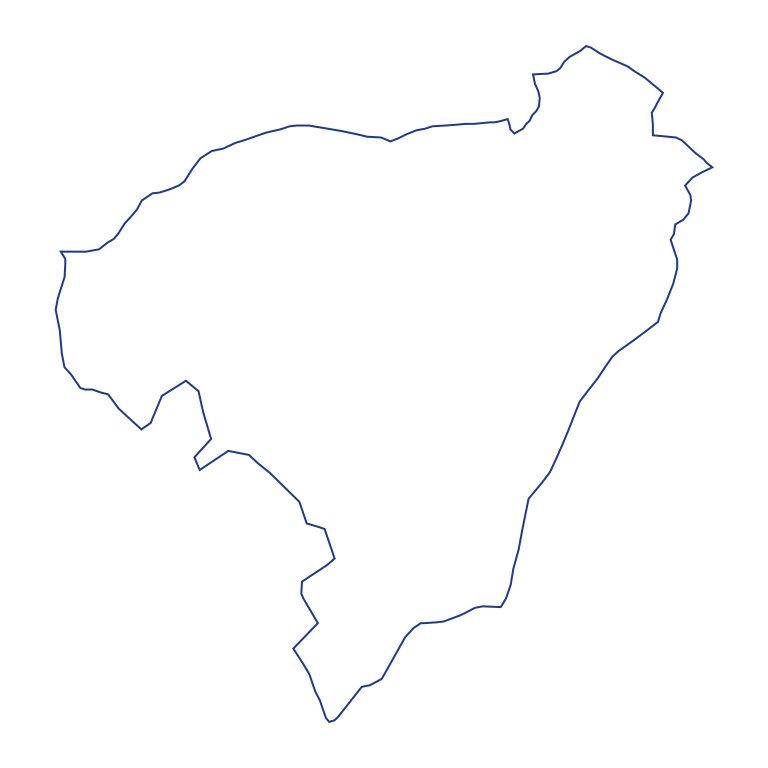 the district of Kalar, As-Sulaymaniyah, Iraq
{"feature_id": "34846034B60628866791403", "entity_name": "Kalar", "entity_type": "district", "adm_level": 2, "iso_a3": "IRQ", "parent_name": "Iraq", "parent_adm1": "As-Sulaymaniyah", "projection": "robinson", "projection_center": [45.352, 34.84], "detail": "fine", "context": "isolated", "style": "outline", "palette": "blue", "viewbox_px": 768, "rotation_deg": 0, "n_neighbors": 0, "source": "geoboundaries", "source_scale": "gbopen_adm2", "svg_char_len": 2571}
<svg xmlns="http://www.w3.org/2000/svg" viewBox="0 0 768 768"><path d="M586.0,46.1L584.3,47.5L580.9,50.5L569.6,56.9L564.3,61.7L560.3,68.1L556.3,71.2L548.3,73.6L533.0,74.4L535.0,84.0L538.3,91.2L539.7,97.6L539.0,106.3L536.3,111.1L532.3,115.1L529.7,120.7L526.3,123.9L523.0,128.7L514.4,133.5L510.4,129.5L509.7,125.5L507.7,119.1L499.0,121.5L494.4,122.3L490.4,122.3L473.7,123.9L465.1,123.9L456.4,124.7L445.7,125.5L432.4,126.3L425.1,128.7L416.4,130.3L406.4,134.3L398.4,138.3L390.4,141.4L381.1,137.5L367.1,136.7L357.1,134.3L341.8,131.1L327.8,128.7L308.5,125.5L297.1,125.5L289.8,126.3L279.8,129.5L265.8,132.7L249.8,138.3L245.2,139.9L235.2,143.0L223.2,148.6L211.8,151.0L200.5,158.2L192.5,168.6L184.5,181.3L179.2,185.3L169.8,189.3L159.8,192.5L152.5,193.3L141.8,200.5L137.1,209.3L132.5,214.9L124.5,223.7L118.5,233.3L113.8,238.9L107.1,242.9L99.1,249.3L85.8,251.7L79.8,251.7L69.8,251.7L60.8,251.6L65.3,258.9L65.3,263.9L64.6,277.0L57.8,298.4L55.7,309.9L59.8,330.4L61.8,353.4L64.5,367.3L71.0,374.4L80.3,387.9L84.9,389.5L92.2,389.5L101.5,392.7L108.1,394.3L118.8,408.7L141.3,429.4L150.6,423.0L161.9,395.9L185.9,380.8L198.5,391.1L203.1,411.9L211.1,439.0L194.4,457.3L199.7,470.0L228.3,450.9L248.9,454.9L257.5,462.9L270.2,473.2L299.4,501.9L306.7,523.4L320.0,527.4L324.6,529.0L334.6,558.5L327.3,564.9L302.0,581.6L301.3,593.6L303.3,598.4L317.9,623.1L293.3,648.6L302.6,662.9L309.3,674.1L315.3,691.6L319.9,700.4L320.0,700.8L325.9,717.9L329.2,721.9L334.5,720.3L337.6,717.4L337.9,717.1L338.7,716.1L349.8,702.0L360.8,688.1L361.8,686.8L369.8,685.3L381.3,679.1L381.7,678.9L382.3,677.9L397.0,651.8L404.9,637.7L405.0,637.4L405.9,636.4L413.7,627.9L421.0,623.1L425.0,623.1L436.9,622.3L443.6,621.5L460.8,615.1L474.8,607.9L482.8,606.3L500.4,607.1L500.7,607.1L501.5,605.9L506.0,598.4L510.7,584.8L513.3,568.9L518.6,549.8L522.6,528.2L528.6,498.7L529.6,497.5L541.5,483.3L542.5,482.0L549.8,472.4L556.5,458.1L558.6,453.4L559.2,451.8L562.5,444.5L567.1,433.3L567.8,431.8L574.4,415.0L579.7,401.5L587.7,391.1L597.6,378.4L605.6,366.4L612.2,356.9L618.2,351.3L632.8,340.9L646.7,330.6L658.0,321.8L660.7,313.0L667.3,298.7L673.3,283.5L677.2,268.4L677.2,259.6L670.6,239.7L673.9,234.1L675.2,224.5L683.2,219.8L688.5,213.4L691.1,200.7L690.4,195.1L685.1,185.6L692.4,177.6L701.0,172.8L712.3,167.3L706.8,163.0L703.8,159.4L695.5,153.1L681.9,140.3L676.0,137.5L668.9,136.8L661.8,136.1L652.9,135.3L652.9,125.4L652.3,117.6L651.7,112.7L654.1,109.1L657.0,103.5L662.1,94.4L662.9,92.8L662.1,92.1L645.2,78.0L633.9,70.9L628.0,66.6L612.0,59.5L604.9,56.0L599.6,53.2L590.7,47.5L586.0,46.1Z" fill="none" stroke="#1e3a8a" stroke-width="2"/></svg>